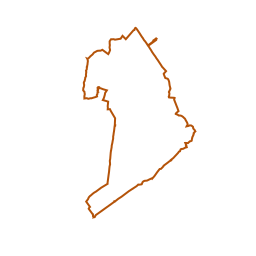 Ghindaoani, Neamt, Romania, rotated 202°
{"feature_id": "2599482B15248665891771", "entity_name": "Ghindaoani", "entity_type": "district", "adm_level": 2, "iso_a3": "ROU", "parent_name": "Romania", "parent_adm1": "Neamt", "projection": "mercator", "projection_center": [26.355, 47.112], "detail": "fine", "context": "isolated", "style": "outline", "palette": "amber", "viewbox_px": 256, "rotation_deg": 202, "n_neighbors": 0, "source": "geoboundaries", "source_scale": "gbopen_adm2", "svg_char_len": 5765}
<svg xmlns="http://www.w3.org/2000/svg" viewBox="0 0 256 256"><g transform="rotate(202 128 128)"><path d="M189.7,180.5L190.5,178.4L191.1,177.4L191.3,177.0L191.8,177.0L191.2,176.5L190.9,176.0L190.3,175.1L189.7,172.8L189.4,171.9L189.2,170.7L189.1,169.7L188.9,169.6L188.8,169.4L188.8,169.2L189.0,168.9L188.7,168.3L188.4,167.5L188.2,166.7L188.3,166.4L188.3,166.1L188.4,165.6L188.4,165.3L188.2,165.0L187.9,164.7L187.6,164.3L187.6,163.8L187.4,163.3L186.9,161.4L186.6,161.0L186.3,160.4L186.5,158.4L186.1,157.5L186.1,156.7L185.8,155.5L185.9,155.3L185.9,154.7L186.0,154.3L185.9,153.5L185.9,153.3L185.4,152.5L185.2,152.1L185.0,151.8L184.8,151.6L184.7,151.3L184.5,150.4L184.3,149.1L184.3,148.9L184.4,148.6L184.4,148.4L183.7,146.2L183.4,146.0L182.8,145.6L182.0,145.3L181.3,144.0L181.1,143.8L180.7,143.0L180.6,142.6L180.6,142.1L180.5,141.8L180.4,141.2L180.3,140.9L180.0,140.5L180.0,140.4L180.0,140.2L179.7,139.5L179.5,139.1L179.4,139.2L178.8,139.4L177.9,139.9L177.4,140.2L176.8,140.2L176.1,140.2L175.9,140.2L175.6,140.3L174.0,141.5L173.1,141.8L170.9,143.6L169.6,144.6L169.1,145.1L168.5,145.7L168.7,146.0L169.0,146.1L169.3,146.9L169.2,147.5L169.1,148.2L169.5,149.1L169.4,149.8L169.2,150.1L169.7,150.3L169.9,150.7L170.1,150.9L170.2,151.0L170.1,151.3L169.9,151.4L169.9,151.6L170.0,151.7L170.3,151.8L170.5,152.2L170.6,152.6L170.2,152.7L170.1,152.8L170.2,153.1L170.5,153.4L171.0,153.4L171.2,153.7L171.3,154.0L171.0,154.6L170.9,154.8L170.1,155.0L170.0,154.6L169.8,154.4L168.1,154.6L166.5,154.6L165.9,154.6L163.7,154.8L161.7,155.0L162.1,153.0L162.3,152.3L162.3,151.8L161.9,149.9L161.7,147.9L161.6,146.6L161.7,145.4L161.8,144.5L159.8,144.7L158.9,144.8L156.3,145.0L156.1,144.4L155.7,143.1L155.5,142.4L155.0,140.6L154.6,139.9L154.3,139.3L153.8,137.7L151.8,138.7L150.4,137.4L143.6,132.2L141.3,125.7L140.9,125.8L140.7,125.1L140.8,125.0L141.1,124.7L140.1,121.1L139.7,119.5L139.4,118.1L138.7,115.4L138.7,115.0L138.4,114.1L138.1,113.4L137.8,112.6L137.4,110.4L136.9,108.2L136.7,106.8L136.5,105.6L135.9,103.8L135.7,102.7L135.6,102.3L135.5,101.8L135.4,101.4L135.3,101.1L135.3,100.5L135.2,100.4L135.1,99.9L134.8,98.7L133.9,95.8L132.9,92.6L132.6,90.9L132.1,89.8L132.0,89.6L131.7,89.1L131.3,88.2L131.0,87.6L130.7,85.5L130.0,83.0L129.9,82.7L129.2,80.4L128.2,76.4L126.3,69.1L126.0,68.6L130.5,62.6L133.9,57.0L134.4,56.4L135.3,55.2L135.5,54.8L136.0,54.0L137.0,52.0L137.4,51.2L137.7,50.8L137.9,50.4L138.0,50.0L138.2,49.6L138.4,48.5L138.4,48.0L138.4,47.4L138.4,47.1L138.5,46.6L138.9,45.3L139.2,44.1L133.7,40.6L134.1,39.9L134.1,39.4L134.1,39.1L134.1,38.9L134.2,38.4L128.6,34.9L128.2,34.9L128.0,34.4L127.7,34.0L127.6,33.4L127.4,33.1L127.1,33.0L126.8,33.0L126.6,32.9L126.4,32.6L126.4,32.3L125.5,32.9L125.3,35.1L114.4,52.3L113.3,54.1L113.2,54.9L113.2,55.0L112.9,55.0L112.6,54.9L111.8,56.4L110.5,58.7L108.3,61.8L103.5,69.8L98.6,76.8L98.2,77.4L97.3,79.4L96.8,79.4L94.4,80.8L94.2,81.0L94.2,81.8L94.2,83.3L94.0,83.7L93.8,84.2L93.4,84.7L92.6,85.4L91.5,85.9L90.5,86.5L89.3,87.9L87.0,90.4L86.6,90.1L85.5,93.2L84.4,97.9L83.3,101.8L82.1,102.5L80.8,105.7L80.9,106.3L78.1,110.9L77.1,112.7L75.9,114.1L76.3,114.4L74.8,117.0L72.3,123.5L71.9,125.2L71.1,125.9L71.2,127.9L70.9,128.3L70.4,128.7L69.3,129.2L68.7,129.8L67.8,131.0L67.3,131.4L66.4,132.1L67.4,133.0L67.1,133.3L68.7,135.0L69.3,135.6L69.1,135.7L68.3,135.9L67.9,136.1L67.3,136.2L66.8,136.4L66.6,136.7L66.5,137.1L66.2,137.7L65.9,138.3L65.7,138.8L65.3,139.0L64.9,139.3L64.4,139.8L64.2,140.1L64.3,140.4L64.4,140.9L64.6,141.7L64.7,142.4L64.7,143.0L64.9,143.3L64.9,144.1L64.8,144.5L64.8,145.7L64.7,146.0L64.9,146.5L64.9,146.9L64.8,147.2L64.9,147.8L65.1,147.6L65.2,147.8L65.1,148.0L65.0,148.3L64.8,149.0L64.3,150.1L64.8,150.4L64.8,150.5L65.2,150.9L65.7,151.2L66.6,151.6L67.0,151.8L67.3,152.0L67.5,152.3L67.9,153.0L68.2,153.3L68.3,153.5L68.6,153.6L70.3,154.0L71.3,153.7L71.6,153.6L71.9,153.4L72.8,152.5L73.1,152.3L73.9,151.8L74.3,151.5L74.3,151.8L74.0,152.8L74.1,153.5L74.3,154.1L75.1,155.0L75.8,155.6L76.7,156.3L77.5,156.9L77.8,157.2L78.2,157.6L79.0,158.1L79.7,158.3L81.1,158.9L82.1,159.1L82.9,159.3L84.4,159.1L84.9,158.9L85.2,158.7L85.5,158.6L86.0,158.7L86.9,158.9L87.3,158.9L88.0,158.9L89.0,158.9L89.1,159.2L88.7,160.3L87.5,162.6L88.1,163.2L89.9,165.3L90.7,166.1L93.6,169.2L94.3,169.9L94.5,170.1L94.8,170.5L95.1,170.8L95.4,171.1L95.8,171.5L95.9,171.8L96.0,173.3L96.5,173.3L100.3,172.0L100.9,171.9L101.4,171.7L101.5,171.7L101.9,172.2L102.0,172.4L102.0,172.5L101.9,173.0L101.9,173.4L102.1,173.7L102.2,174.1L102.3,174.9L102.4,175.2L102.7,175.7L103.3,176.6L103.5,176.6L103.6,176.8L103.6,177.0L103.4,177.9L103.5,178.4L103.4,178.7L103.4,179.2L103.3,179.7L103.4,180.2L103.7,180.5L103.8,180.8L103.7,180.9L104.4,181.8L105.1,182.7L105.9,184.0L106.1,184.4L106.3,184.7L106.6,185.3L107.4,186.6L108.1,187.3L108.6,187.8L109.0,188.2L109.7,188.5L111.5,188.4L111.9,188.3L112.1,188.3L112.9,189.1L113.8,190.0L115.2,191.6L115.2,191.9L115.0,192.2L114.7,193.1L114.1,194.7L114.0,195.0L117.8,196.8L118.8,197.3L119.4,197.5L120.2,198.2L124.4,201.1L125.0,201.5L125.5,201.9L127.8,203.3L129.4,204.5L131.9,206.0L132.3,206.3L133.2,206.9L134.0,207.4L135.9,208.9L137.4,209.9L139.4,211.4L140.1,211.8L135.0,219.9L135.4,220.2L134.9,221.4L135.5,221.6L136.0,220.6L137.2,218.8L136.5,218.4L137.5,217.0L137.7,216.5L140.5,212.0L142.6,213.5L144.8,214.9L145.6,215.2L146.8,216.0L147.6,216.7L149.4,217.8L152.9,220.3L155.4,222.0L157.1,223.1L157.9,223.5L158.4,223.7L158.5,223.7L158.8,223.3L158.9,222.9L158.9,222.3L158.9,221.9L158.9,221.6L158.8,221.2L159.5,220.7L163.3,209.5L167.6,211.4L168.3,208.0L173.2,205.0L174.4,205.0L177.0,203.9L177.5,201.5L176.4,198.9L175.9,198.2L175.7,197.3L175.3,195.8L175.1,195.4L174.5,194.6L173.8,193.5L173.8,190.4L174.0,189.1L181.1,190.9L182.3,189.5L183.4,189.0L184.5,188.5L185.4,188.0L186.2,187.0L187.8,185.1L188.4,182.9L189.7,180.5Z" fill="none" stroke="#b45309" stroke-width="2"/></g></svg>